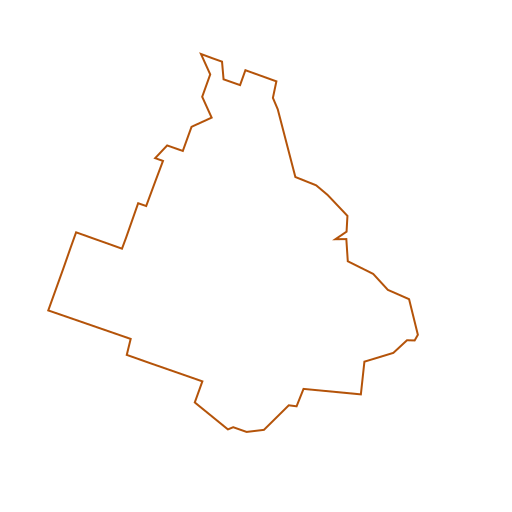 outline of Henry, Georgia, United States of America, rotated 19°
{"feature_id": "52423323B6580750779767", "entity_name": "Henry", "entity_type": "district", "adm_level": 2, "iso_a3": "USA", "parent_name": "United States of America", "parent_adm1": "Georgia", "projection": "orthographic", "projection_center": [-84.158, 33.473], "detail": "fine", "context": "isolated", "style": "outline", "palette": "amber", "viewbox_px": 512, "rotation_deg": 19, "n_neighbors": 0, "source": "geoboundaries", "source_scale": "gbopen_adm2", "svg_char_len": 848}
<svg xmlns="http://www.w3.org/2000/svg" viewBox="0 0 512 512"><g transform="rotate(19 256 256)"><path d="M285.9,429.1L290.2,425.3L304.4,425.4L320.1,417.8L335.6,386.5L343.3,384.9L344.2,366.2L400.2,352.7L392.9,320.6L417.4,302.9L426.2,286.5L433.5,284.2L434.7,277.8L414.8,247.0L391.7,245.1L372.7,234.8L344.5,231.1L335.9,210.6L325.6,214.3L333.7,203.5L329.4,188.3L303.9,175.0L289.9,169.6L267.5,168.5L228.8,110.2L220.5,101.0L218.4,84.2L215.6,84.2L185.5,83.8L185.3,99.6L167.8,99.5L160.6,83.3L150.1,83.2L138.2,82.9L153.6,99.2L153.3,123.0L169.0,139.6L153.0,154.8L152.9,160.3L152.6,180.5L136.0,180.4L128.8,196.3L137.1,196.4L136.5,217.7L135.9,244.5L127.4,244.5L127.2,281.2L126.9,292.7L78.2,292.2L78.0,307.7L77.9,330.7L77.3,375.1L164.5,375.2L166.0,391.6L191.6,391.8L246.1,392.0L245.8,414.4L285.9,429.1Z" fill="none" stroke="#b45309" stroke-width="2"/></g></svg>